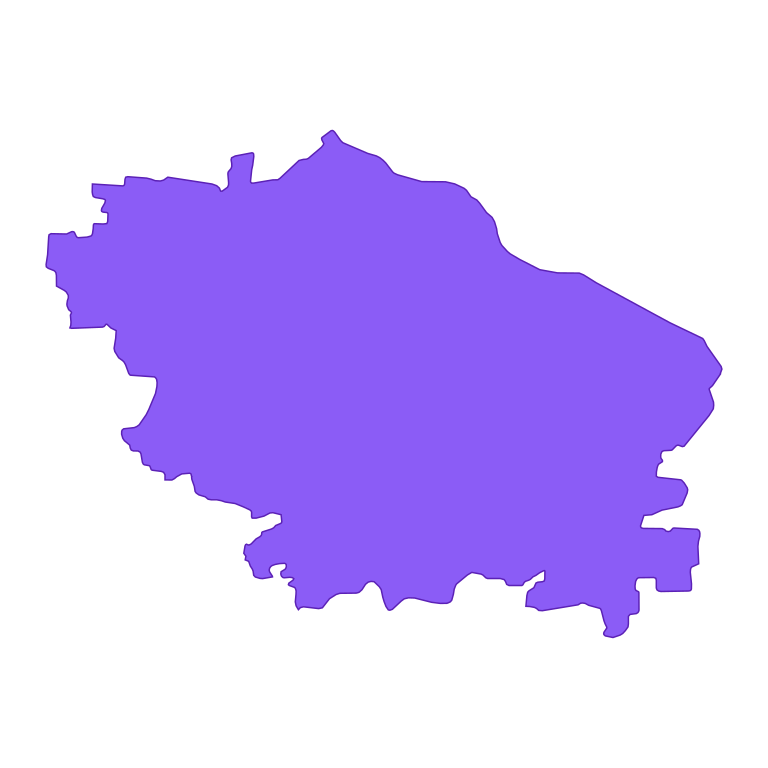 an SVG outline of Stavropol'
{"feature_id": "RUS-2306", "entity_name": "Stavropol'", "entity_type": "Territory", "adm_level": 1, "iso_a3": "RUS", "parent_name": "Russia", "parent_adm1": "", "projection": "orthographic", "projection_center": [43.1, 44.947], "detail": "fine", "context": "isolated", "style": "filled", "palette": "violet", "viewbox_px": 768, "rotation_deg": 0, "n_neighbors": 0, "source": "natural_earth", "source_scale": "10m", "svg_char_len": 6084}
<svg xmlns="http://www.w3.org/2000/svg" viewBox="0 0 768 768"><path d="M155.2,180.7L160.3,181.0L163.6,180.1L167.8,177.2L212.0,184.0L216.7,185.7L219.4,188.1L220.6,191.1L222.1,191.2L227.5,187.3L228.5,185.1L228.6,182.8L227.9,174.0L228.0,172.8L228.4,171.7L231.1,168.5L231.8,166.3L231.7,163.3L231.1,159.9L231.6,157.8L235.2,156.0L251.9,152.8L252.9,153.0L253.6,153.9L253.8,156.5L252.7,165.2L251.7,169.8L250.5,181.3L250.8,182.3L251.6,183.1L253.6,183.1L272.8,179.9L277.8,179.8L280.1,178.2L299.0,160.5L303.3,159.4L306.4,159.2L308.3,158.4L321.4,147.3L323.2,145.1L323.8,143.6L321.9,140.0L321.6,138.2L322.1,137.4L331.1,130.7L332.5,130.5L333.5,131.0L334.8,132.3L340.6,140.5L342.8,142.7L367.7,153.4L376.3,155.9L379.8,157.7L383.1,160.3L385.7,162.9L392.7,172.0L394.1,173.2L397.6,174.8L421.7,181.6L445.5,181.8L454.7,183.9L464.1,188.3L466.5,190.3L471.0,196.8L476.8,200.0L479.8,203.4L486.5,212.6L492.1,217.4L494.5,221.7L496.6,228.7L497.3,233.7L500.2,242.5L501.9,245.5L507.4,251.5L510.1,253.8L519.8,259.5L539.8,269.7L557.6,272.9L579.3,273.1L583.6,274.9L596.1,282.7L669.8,322.7L702.7,338.5L704.2,340.6L707.0,346.4L721.1,366.4L721.9,369.1L720.3,373.6L720.5,373.9L712.5,385.6L709.3,388.5L709.2,389.4L713.5,402.1L713.7,405.3L713.3,408.8L709.0,415.6L684.1,446.2L682.3,446.6L678.5,445.2L677.4,445.2L676.2,445.8L672.2,449.9L671.1,450.3L663.8,450.7L662.0,451.5L660.8,454.1L660.7,457.1L661.1,458.5L662.3,460.1L662.5,460.8L662.4,461.7L658.7,464.1L657.9,465.4L657.2,467.5L656.4,472.0L656.3,476.2L657.9,477.3L680.6,479.8L681.6,480.2L684.2,483.0L687.2,487.8L687.7,489.8L687.1,493.1L682.2,504.7L680.6,505.8L677.9,506.9L662.1,510.1L651.9,514.7L643.9,515.4L640.5,525.9L640.7,527.0L641.4,527.9L643.3,528.4L662.2,528.6L664.7,529.6L665.8,531.0L668.2,531.6L670.3,531.1L672.9,528.3L673.9,528.0L697.3,529.3L698.8,530.3L699.6,531.7L699.9,533.5L699.8,536.4L698.5,541.1L697.9,546.4L698.7,563.8L691.7,567.0L690.9,568.1L690.5,569.6L690.3,572.3L691.5,583.9L691.4,589.0L691.0,590.0L690.1,590.7L688.5,591.0L660.9,591.5L658.6,591.0L657.0,589.9L656.3,588.0L656.3,580.4L655.8,578.3L653.8,577.5L638.7,577.7L637.7,578.2L636.7,579.2L635.6,581.5L635.0,586.0L635.2,589.0L635.9,590.4L638.6,591.8L638.9,592.7L639.0,610.2L638.6,611.5L637.9,612.6L636.3,613.6L630.1,614.4L628.4,616.3L628.4,623.9L628.0,626.9L625.3,630.7L622.7,633.5L620.1,635.1L613.0,637.5L605.3,635.9L603.9,634.6L603.7,633.3L604.0,632.2L606.8,628.0L606.7,627.0L605.1,623.8L604.0,620.8L601.4,610.7L600.5,608.8L599.7,608.3L588.7,605.3L585.2,603.4L582.7,603.0L580.6,603.2L578.1,604.8L542.3,610.7L538.7,610.4L536.6,608.5L534.5,607.4L529.7,606.5L525.9,606.3L526.9,595.5L527.7,592.2L529.0,590.8L533.9,587.7L536.0,583.0L537.8,582.2L542.5,581.7L544.3,580.9L544.8,578.7L544.9,571.3L544.6,570.6L543.9,570.6L539.7,572.7L535.9,575.4L533.0,576.8L530.4,579.3L528.8,580.2L525.5,581.3L524.2,582.4L522.9,584.8L521.9,585.5L509.0,585.5L506.7,584.4L505.5,581.5L504.2,579.6L500.2,578.5L487.6,578.5L485.8,577.8L482.9,575.0L481.1,574.1L471.8,572.4L467.5,574.9L456.5,584.0L455.7,585.3L454.2,589.2L453.4,594.2L451.8,600.1L450.4,601.8L448.3,602.8L446.9,603.3L440.3,603.4L431.6,602.3L414.6,598.0L408.6,597.8L404.3,598.8L401.3,601.0L392.4,609.3L389.9,610.2L388.3,609.9L386.0,606.5L384.1,601.6L382.8,597.2L381.2,589.6L379.3,586.7L374.1,581.7L371.1,581.4L368.2,582.1L365.5,584.3L362.0,589.7L359.2,592.2L357.9,592.7L356.1,593.1L339.9,593.3L336.1,594.5L329.5,598.7L322.4,607.8L318.7,608.6L303.5,606.8L300.4,607.6L298.4,609.7L296.1,605.8L295.3,601.9L296.0,594.2L296.1,591.0L295.7,589.3L295.2,588.1L294.5,587.4L289.3,585.5L288.4,584.7L288.8,583.2L292.8,580.3L293.4,579.6L293.8,578.6L292.3,577.6L289.9,577.3L284.1,577.8L282.9,577.5L281.6,576.3L281.1,575.2L280.8,573.9L281.1,571.7L285.2,569.2L285.8,568.2L286.3,566.9L286.2,564.6L285.5,563.7L284.5,563.3L279.6,563.6L275.3,564.4L272.2,565.5L270.8,566.5L269.7,568.0L269.2,569.9L269.3,570.7L269.7,572.0L272.4,576.2L272.5,576.9L262.6,578.6L260.0,578.4L255.3,577.0L253.7,575.3L253.1,571.1L252.3,569.1L250.3,566.0L248.9,561.9L248.2,561.1L245.2,559.9L245.9,556.2L243.8,553.3L245.0,546.0L245.6,544.7L246.5,544.2L248.3,545.0L249.6,544.8L251.2,543.9L256.1,538.9L259.9,536.7L261.2,535.5L261.6,534.4L261.8,532.5L262.4,531.9L271.5,529.0L273.7,527.8L275.7,525.5L280.8,523.4L281.6,522.5L281.8,521.5L281.1,514.7L272.9,512.7L269.9,513.0L264.0,516.1L256.2,518.1L252.2,518.1L251.6,516.9L251.6,512.3L251.3,511.2L249.9,509.9L243.0,506.7L235.1,503.5L225.2,502.0L221.4,500.7L216.8,499.8L211.4,499.8L208.1,499.2L205.3,496.8L198.9,494.9L196.2,493.0L195.1,491.4L194.3,486.3L191.9,479.5L191.6,477.5L191.8,476.4L191.4,476.0L191.1,474.1L190.3,473.5L189.7,473.2L181.8,473.9L176.7,476.7L174.5,478.6L171.9,480.0L165.0,479.9L165.0,474.7L163.6,472.3L161.3,471.4L152.1,470.2L151.2,469.6L149.9,466.2L149.4,465.7L144.3,464.8L143.3,464.1L142.4,462.3L141.0,454.0L140.2,452.2L138.0,451.0L133.3,450.9L131.3,450.1L130.3,448.2L129.7,445.1L124.4,440.7L122.8,438.3L121.6,434.2L121.7,431.2L122.2,430.0L123.7,428.8L134.3,427.6L136.9,426.5L139.2,424.8L146.2,414.7L148.8,409.5L155.5,393.5L156.9,386.5L157.1,382.6L156.6,379.3L155.6,377.8L154.5,376.9L130.5,375.2L129.8,374.8L128.7,373.3L125.6,364.8L124.0,362.0L122.7,360.7L118.7,357.8L114.8,351.5L114.1,348.3L115.7,338.2L116.2,330.6L110.9,328.0L107.0,324.3L106.1,324.2L104.1,326.5L102.5,327.1L71.7,328.3L69.9,327.9L70.8,325.3L71.0,322.1L70.4,315.1L71.5,312.8L71.0,311.6L68.7,309.7L67.1,305.9L66.9,304.1L67.4,300.6L68.3,298.0L68.3,295.4L66.3,292.0L64.3,290.4L56.5,286.1L56.4,275.4L55.9,272.7L55.1,271.5L54.2,270.7L48.2,268.3L46.3,266.8L46.1,264.5L47.6,254.7L48.7,236.6L49.1,234.7L51.0,233.7L66.6,234.0L71.6,231.7L72.8,231.6L73.9,231.9L74.5,232.6L76.3,236.4L77.2,237.4L78.4,237.7L87.0,237.1L91.0,236.0L92.0,234.9L92.5,233.6L93.2,228.7L93.4,225.1L93.7,224.1L94.5,223.7L103.1,224.0L106.8,223.6L107.7,221.5L108.0,213.9L107.6,212.9L106.7,212.5L103.0,212.1L101.7,211.4L101.4,210.4L101.8,208.3L104.4,203.8L105.0,202.5L105.4,200.4L104.9,199.5L102.9,198.8L95.3,197.5L93.3,196.5L92.6,194.5L92.2,192.0L92.4,184.0L122.8,185.9L123.9,185.5L124.6,184.3L125.0,179.3L125.7,177.2L127.8,176.7L146.6,178.1L151.1,179.2L155.2,180.7Z" fill="#8b5cf6" stroke="#5b21b6" stroke-width="1.5"/></svg>